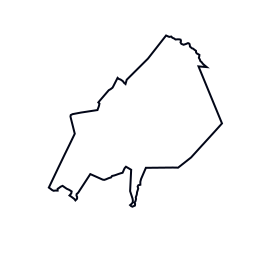 Sumé, Paraíba, Brazil (Robinson projection), rotated 252°
{"feature_id": "56859067B85735836369597", "entity_name": "Sumé", "entity_type": "district", "adm_level": 2, "iso_a3": "BRA", "parent_name": "Brazil", "parent_adm1": "Paraíba", "projection": "robinson", "projection_center": [-36.914, -7.646], "detail": "fine", "context": "isolated", "style": "outline", "palette": "ink", "viewbox_px": 256, "rotation_deg": 252, "n_neighbors": 0, "source": "geoboundaries", "source_scale": "gbopen_adm2", "svg_char_len": 1789}
<svg xmlns="http://www.w3.org/2000/svg" viewBox="0 0 256 256"><g transform="rotate(252 128 128)"><path d="M54.0,106.2L52.7,106.9L51.8,107.9L52.1,110.6L53.6,111.3L55.0,111.2L56.0,112.4L58.0,113.7L59.7,114.0L62.0,115.8L64.2,116.8L65.4,117.7L67.3,119.0L69.4,119.1L70.4,120.2L70.2,122.2L73.0,123.1L75.5,124.7L84.6,132.7L76.5,158.5L74.8,163.4L80.5,178.9L86.9,190.1L97.4,208.6L103.3,218.8L159.5,214.5L164.8,214.1L161.6,221.7L163.0,220.8L164.4,219.9L166.0,219.0L167.8,218.4L169.3,217.5L170.9,217.5L172.9,217.1L174.3,218.0L175.5,218.5L176.6,217.5L177.6,216.5L178.8,216.1L180.4,216.5L182.0,215.3L183.3,214.5L184.1,213.4L186.3,212.1L187.8,212.4L189.2,212.4L190.2,211.3L190.0,209.2L190.0,206.6L191.5,204.8L193.2,204.4L194.4,205.3L195.8,205.3L196.6,203.9L197.1,202.2L197.5,200.5L198.8,199.6L200.1,198.1L201.6,197.4L201.9,195.4L203.0,194.1L204.2,192.8L187.8,168.4L178.5,150.0L174.3,141.7L170.6,139.2L172.0,138.3L174.1,137.6L175.2,136.8L176.4,135.9L177.5,134.4L178.9,133.6L174.4,129.1L172.0,126.7L171.1,125.7L170.3,123.4L169.9,121.4L163.2,110.4L161.5,107.7L160.1,108.4L158.8,107.7L157.4,106.8L155.9,105.6L154.5,104.5L157.2,88.1L158.3,79.6L158.0,77.6L156.9,76.9L155.4,76.7L139.0,75.6L129.6,66.6L122.7,59.9L111.4,49.1L95.8,34.3L94.3,35.4L92.5,36.6L91.3,37.8L90.9,39.8L90.2,41.7L91.9,42.3L92.3,43.8L93.0,45.9L93.2,47.9L89.2,50.9L87.4,52.9L85.1,54.8L83.3,53.8L81.9,51.5L80.4,52.7L77.1,55.0L75.4,55.6L76.5,57.7L78.1,58.3L79.6,58.1L81.0,58.7L81.9,60.7L83.3,62.4L95.8,77.9L94.2,79.7L86.7,88.0L86.0,89.4L86.0,91.2L86.2,93.2L86.3,94.8L86.2,96.5L87.3,98.0L87.1,100.2L87.1,102.0L87.2,104.7L87.2,107.1L87.1,109.0L88.4,110.2L89.8,111.4L90.9,112.5L91.8,114.1L87.3,118.1L69.4,111.3L67.3,110.5L61.7,110.5L59.3,110.5L57.5,110.2L55.7,109.5L54.6,107.7L54.0,106.2Z" fill="none" stroke="#020617" stroke-width="2"/></g></svg>